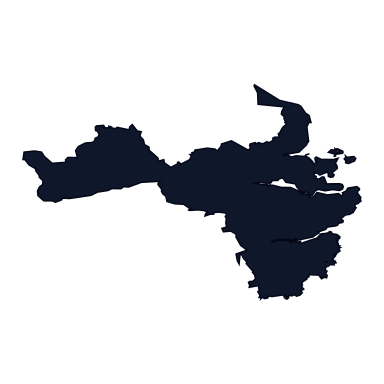 Carrigaline Lea-6, Cork, Ireland (Equal Earth projection)
{"feature_id": "5873133B49467827523795", "entity_name": "Carrigaline Lea-6", "entity_type": "district", "adm_level": 2, "iso_a3": "IRL", "parent_name": "Ireland", "parent_adm1": "Cork", "projection": "equal_earth", "projection_center": [-8.381, 51.806], "detail": "fine", "context": "isolated", "style": "filled", "palette": "ink", "viewbox_px": 384, "rotation_deg": 0, "n_neighbors": 0, "source": "geoboundaries", "source_scale": "gbopen_adm2", "svg_char_len": 6043}
<svg xmlns="http://www.w3.org/2000/svg" viewBox="0 0 384 384"><path d="M214.9,149.0L207.1,148.1L194.9,150.1L194.9,151.8L191.9,152.7L192.3,154.2L190.0,154.5L191.0,155.4L191.0,157.2L189.3,159.9L181.0,164.1L178.7,162.0L177.6,162.4L178.2,163.5L170.9,167.4L164.5,162.9L163.7,159.6L158.7,161.2L157.9,158.0L149.4,150.4L148.9,147.0L144.5,144.6L143.4,139.9L139.9,136.1L141.2,131.7L137.3,131.0L132.3,124.6L129.8,126.8L129.1,129.8L117.0,127.3L116.0,128.5L111.5,128.1L111.7,127.1L108.9,126.2L109.1,127.7L105.5,127.9L103.9,127.3L104.5,126.8L103.6,125.4L96.5,125.9L95.3,127.0L95.6,130.6L97.4,131.2L99.2,134.6L97.9,137.0L95.2,138.2L94.8,140.5L92.6,142.4L85.4,143.0L78.4,146.5L75.6,150.5L77.4,157.6L68.0,157.4L65.5,159.8L65.8,162.3L52.1,163.3L44.3,156.4L41.5,152.1L34.6,151.0L24.1,152.1L23.0,159.5L25.0,159.7L28.9,164.8L35.4,168.6L36.0,171.1L39.1,175.3L39.3,177.2L43.0,180.7L42.6,184.7L39.6,186.7L37.5,190.9L38.0,195.7L43.8,200.8L52.3,200.9L55.5,202.2L61.2,200.1L62.8,198.2L69.6,198.5L91.1,195.3L97.5,192.1L107.9,190.5L111.9,188.6L121.0,188.7L123.5,186.7L128.7,187.0L141.5,182.3L158.6,181.4L160.1,182.0L158.1,183.3L158.0,184.6L161.6,189.1L161.5,191.4L162.7,193.7L165.9,196.4L167.0,201.5L174.8,203.8L183.6,204.3L190.0,208.6L188.6,210.0L189.6,210.4L198.2,209.9L204.3,210.6L207.6,212.4L205.6,213.7L205.0,216.0L210.3,214.2L213.7,214.2L213.8,212.6L219.1,212.1L225.4,213.0L226.8,214.4L225.2,216.4L226.3,218.6L225.8,222.7L226.5,227.1L221.9,228.4L223.4,231.8L230.9,231.1L236.3,234.4L236.0,237.0L240.6,245.3L247.0,250.2L236.1,254.0L237.3,260.7L239.1,264.0L239.9,255.5L241.1,253.4L243.6,258.5L246.8,262.0L246.2,263.6L253.2,271.5L252.5,272.3L254.7,275.0L255.5,279.0L252.3,281.6L250.2,281.3L248.5,282.4L249.7,285.5L249.2,287.3L258.3,285.7L259.2,290.4L257.8,291.8L259.9,295.0L259.1,297.5L261.1,297.7L260.9,298.7L262.3,297.3L264.4,298.5L265.8,297.5L265.7,298.4L267.3,298.1L266.8,297.2L267.7,296.4L268.2,297.0L270.1,295.9L271.5,296.6L283.6,294.9L284.2,297.1L286.2,295.9L286.4,297.8L285.4,298.4L286.8,299.2L288.5,297.9L287.9,296.6L288.8,296.5L288.8,295.2L292.0,295.9L294.0,294.7L296.8,296.2L300.3,294.9L302.3,292.7L300.6,291.2L303.8,289.1L301.5,286.7L302.4,285.3L301.8,285.1L302.4,282.0L306.8,279.2L306.8,277.8L308.8,276.9L309.3,274.7L317.7,275.1L318.2,274.0L320.2,277.2L321.4,276.9L320.7,277.6L321.5,278.8L324.3,277.3L326.6,277.8L327.2,275.3L325.5,274.1L327.0,271.1L325.2,270.1L325.7,267.4L327.2,266.5L325.3,263.6L325.3,262.1L326.8,262.6L328.7,266.0L329.9,264.7L333.4,264.8L332.8,264.3L334.2,264.1L334.2,263.0L336.6,262.9L335.1,262.4L335.4,261.2L332.6,260.6L333.4,259.3L332.4,258.9L335.5,255.9L334.4,255.2L335.9,254.4L335.2,254.1L340.0,251.0L338.7,248.5L340.5,247.5L338.6,246.8L339.7,246.4L338.5,246.5L339.3,245.9L338.5,245.9L338.1,243.1L336.7,242.5L337.9,241.0L336.9,240.6L339.3,238.4L337.9,238.4L339.8,236.8L337.0,234.5L331.6,233.7L331.7,232.2L329.8,231.5L327.2,233.2L321.0,233.9L317.1,237.9L317.8,239.1L315.5,238.5L300.8,243.4L299.4,242.8L300.1,243.1L300.5,241.5L296.1,242.3L296.5,241.2L295.0,241.0L293.9,239.9L291.1,243.0L291.1,241.9L287.2,240.4L279.5,240.4L278.6,240.2L278.2,239.5L277.5,240.3L276.2,239.8L276.4,240.7L275.1,240.7L276.4,240.7L276.5,240.4L276.3,239.8L277.5,240.4L278.1,239.5L278.6,240.2L279.2,240.4L270.9,242.0L274.6,240.4L276.2,240.5L276.0,239.6L277.4,240.1L278.1,239.2L279.7,240.2L281.1,239.2L281.9,240.0L285.1,239.0L287.2,240.0L288.2,239.1L288.9,239.5L288.2,240.2L290.7,240.2L291.5,241.2L293.0,239.6L294.2,239.4L295.3,240.6L296.6,239.9L295.4,239.1L296.8,239.2L297.1,239.9L296.1,240.5L312.8,237.0L317.3,233.9L317.8,231.8L318.6,231.7L318.8,234.1L319.1,231.6L325.7,229.4L327.3,227.1L335.8,225.9L337.8,225.0L338.5,223.3L342.8,222.4L343.2,220.6L341.4,219.5L341.4,218.3L345.3,215.0L349.4,214.4L353.1,212.5L356.1,207.6L354.9,206.5L355.1,204.4L357.8,203.6L361.0,201.0L360.2,198.6L360.9,197.6L357.3,192.9L358.2,190.4L359.2,189.7L359.3,190.6L359.5,188.7L356.9,186.6L347.9,188.1L346.0,191.1L342.4,192.8L343.2,194.0L341.6,196.0L338.6,193.6L327.4,194.9L317.0,192.5L313.7,196.6L311.3,197.4L308.9,196.4L306.7,193.9L302.2,193.8L298.6,191.0L290.6,187.5L281.3,187.4L272.8,185.2L271.5,185.7L270.3,184.5L268.3,186.7L267.6,186.1L268.6,185.1L267.0,184.6L260.4,184.8L255.8,183.0L252.7,183.8L254.4,182.9L257.5,182.7L269.6,183.2L271.3,182.5L272.2,180.6L278.0,180.4L279.0,178.9L282.6,177.8L285.9,182.3L295.1,183.8L297.1,187.4L302.2,192.6L306.8,192.0L308.2,193.0L308.4,194.7L310.5,195.6L312.3,195.3L315.4,190.8L318.2,189.4L325.0,190.8L332.8,189.6L339.7,190.5L342.6,188.9L343.3,186.6L342.3,184.5L339.5,183.7L326.7,183.9L324.1,177.1L322.2,176.9L318.9,179.1L315.8,178.4L316.2,176.4L314.6,175.8L313.7,173.2L317.1,173.1L319.8,175.1L326.9,172.2L328.3,173.3L328.3,176.3L330.5,177.3L333.2,176.8L334.2,174.8L332.4,173.6L332.6,172.3L337.3,168.5L337.0,165.8L335.4,163.3L338.1,158.2L333.5,159.5L321.3,159.4L316.2,157.0L314.9,158.1L315.4,161.1L316.9,162.6L314.3,163.5L312.5,162.6L312.8,161.9L309.0,157.9L305.6,156.2L305.7,155.0L309.4,153.8L305.7,154.9L305.3,156.2L302.7,156.3L296.1,155.8L290.9,157.0L287.8,154.8L282.2,155.4L284.7,155.1L284.2,154.7L286.4,153.5L284.9,154.5L299.0,152.1L306.7,144.7L306.7,143.9L308.5,141.6L308.6,141.3L306.9,127.0L308.7,122.6L311.0,122.5L309.1,115.5L305.5,113.1L300.9,106.3L298.2,104.7L279.6,100.4L254.5,84.8L254.1,86.0L257.6,92.8L258.1,104.3L284.4,106.9L282.0,110.8L281.3,114.1L284.5,117.0L283.9,118.3L285.4,121.9L284.9,122.4L286.6,123.9L282.5,127.6L279.7,132.8L278.3,133.7L279.2,137.1L274.5,137.2L272.7,138.3L273.2,140.4L268.5,142.8L267.1,141.6L262.6,143.9L258.7,142.6L255.6,143.9L255.2,142.6L250.2,143.9L249.6,145.5L250.5,148.0L248.4,150.2L231.5,140.8L221.5,144.0L221.0,146.5L217.4,150.8L214.9,149.0ZM344.2,158.9L345.8,160.8L345.6,162.8L348.5,163.5L354.5,161.0L355.8,158.4L353.7,156.5L347.0,157.4L345.5,155.9L345.8,157.4L344.2,158.9ZM342.0,153.4L343.0,152.8L342.8,151.2L337.3,148.7L336.3,148.7L338.4,149.8L338.9,151.8L338.4,152.9L337.3,152.0L337.2,154.0L336.6,149.8L335.1,148.7L335.3,149.5L334.2,150.0L331.1,149.8L328.4,152.3L335.6,154.3L342.0,153.4ZM336.2,156.0L334.5,155.6L334.3,156.2L336.2,156.0Z" fill="#0f172a" stroke="#020617" stroke-width="1.5"/></svg>